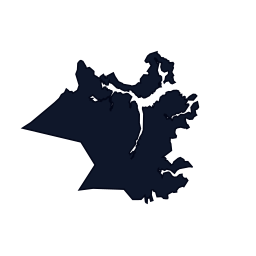 the district of Sørfold nor, Nordland, Norway, rotated 132°
{"feature_id": "86288312B94814604845877", "entity_name": "Sørfold nor", "entity_type": "district", "adm_level": 2, "iso_a3": "NOR", "parent_name": "Norway", "parent_adm1": "Nordland", "projection": "albers", "projection_center": [15.554, 67.519], "detail": "fine", "context": "isolated", "style": "filled", "palette": "ink", "viewbox_px": 256, "rotation_deg": 132, "n_neighbors": 0, "source": "geoboundaries", "source_scale": "gbopen_adm2", "svg_char_len": 5811}
<svg xmlns="http://www.w3.org/2000/svg" viewBox="0 0 256 256"><g transform="rotate(132 128 128)"><path d="M62.1,94.0L65.7,95.5L70.5,94.9L73.9,91.0L75.6,91.2L75.3,92.4L76.0,92.7L76.0,93.5L80.6,95.2L82.6,97.8L86.5,98.3L86.8,98.8L86.7,99.8L89.6,101.4L93.3,99.9L92.5,100.7L92.7,101.4L91.9,102.7L95.3,105.0L94.7,105.8L94.9,106.9L94.1,108.2L94.2,109.6L93.4,110.1L93.1,109.8L93.5,107.2L92.7,107.9L92.9,105.2L92.6,103.3L88.9,103.8L86.8,102.0L84.8,102.1L83.4,100.3L79.6,99.1L79.7,98.2L79.5,97.7L77.9,97.0L70.3,98.2L69.9,98.8L70.5,99.2L70.2,99.6L72.1,100.8L71.9,101.5L68.3,102.1L68.1,102.5L68.3,103.0L67.2,103.7L68.9,105.1L66.7,106.3L66.8,107.1L68.9,108.2L68.9,109.1L67.2,110.6L69.0,111.8L67.3,113.0L67.3,114.5L66.7,115.2L67.5,117.0L69.9,119.4L72.4,120.3L73.9,122.2L76.1,123.3L77.9,122.2L79.8,122.9L80.2,123.8L83.5,124.4L87.4,122.4L88.8,123.0L88.7,124.3L89.1,124.6L91.8,124.3L92.8,124.9L93.6,123.8L95.5,123.0L95.3,124.1L96.2,123.6L97.3,124.7L97.3,126.5L100.1,127.2L100.7,128.8L102.6,129.9L102.7,130.6L102.1,130.5L102.7,130.9L104.1,129.9L106.9,125.7L119.1,115.2L123.1,113.5L127.0,112.9L127.6,111.9L127.8,112.4L133.0,111.1L133.5,110.7L133.3,110.2L132.6,110.2L133.0,109.0L133.5,108.8L134.2,109.6L135.9,109.7L137.0,108.3L141.1,107.6L141.1,106.3L143.9,106.0L145.6,104.7L149.3,105.0L144.6,105.8L142.0,108.0L142.1,108.5L146.2,108.6L145.7,109.5L145.9,110.0L144.6,110.8L135.3,111.7L132.0,114.4L130.4,113.8L120.1,118.4L116.8,123.1L110.3,128.8L108.7,131.5L108.6,132.6L107.6,133.4L107.5,134.2L105.3,136.1L104.5,137.8L105.3,138.0L104.4,138.0L104.2,139.6L103.6,140.3L104.0,141.3L106.8,142.8L110.4,140.0L111.3,139.8L111.4,140.5L108.8,142.8L108.0,144.5L102.4,146.1L102.5,150.8L103.2,152.0L106.7,154.3L106.8,157.2L109.6,159.5L109.3,160.9L110.0,161.7L116.5,161.2L119.9,158.3L119.3,156.6L119.9,155.4L123.7,153.1L124.7,153.3L124.4,153.8L124.6,154.0L125.6,153.8L125.8,153.0L127.2,152.1L125.8,154.0L124.3,154.1L123.9,153.4L123.2,154.0L123.4,154.6L122.8,155.5L120.1,157.4L120.2,158.1L120.6,158.1L120.5,159.7L117.4,162.4L118.8,163.5L120.7,163.5L122.1,164.0L123.9,165.8L126.1,165.7L128.0,168.4L130.1,169.1L131.8,171.7L131.1,172.0L131.1,172.9L132.1,174.6L130.0,174.2L131.5,175.7L131.5,177.0L131.2,177.3L127.0,176.2L127.1,171.0L126.6,168.9L125.9,168.5L125.8,167.4L125.0,166.2L122.4,165.8L121.7,164.2L118.9,163.9L116.4,162.7L111.9,163.9L111.3,165.0L111.8,165.4L112.3,167.8L113.6,168.4L113.0,169.3L113.6,169.2L113.6,170.0L112.5,171.9L113.6,173.1L115.8,172.7L116.3,173.5L113.2,177.9L111.1,179.1L111.0,179.9L111.5,180.8L110.0,179.8L111.4,175.6L110.6,175.2L109.6,177.5L110.6,173.2L109.4,171.7L105.7,173.4L106.2,172.6L106.0,171.0L105.4,169.8L105.5,163.1L104.8,161.6L104.1,161.4L103.5,157.9L102.5,155.1L101.3,154.4L100.3,152.2L99.4,153.3L97.5,151.1L97.5,149.0L98.0,148.9L97.5,147.0L98.1,143.8L97.8,143.2L98.1,140.6L96.7,139.6L95.9,140.6L95.5,140.4L95.1,136.6L94.1,135.6L89.7,133.9L86.3,134.1L85.8,133.6L86.0,132.4L85.0,133.7L83.2,132.7L80.7,133.4L76.7,132.3L75.2,131.0L74.9,131.7L75.8,132.5L75.8,133.4L74.5,135.0L73.3,135.0L73.5,133.9L74.9,132.9L74.6,132.1L72.8,133.4L72.6,134.2L73.1,134.5L72.8,134.9L70.0,135.0L67.6,137.4L67.6,138.9L68.3,139.4L68.3,140.3L65.7,144.9L59.6,148.3L59.5,149.1L60.4,149.2L60.4,150.2L59.2,151.6L59.5,151.9L59.0,153.2L59.1,154.4L58.2,154.9L57.6,154.0L57.7,152.8L58.5,150.2L58.0,149.3L57.9,148.0L57.1,147.4L57.0,146.5L60.6,144.4L62.5,141.4L62.0,138.5L58.8,136.8L58.8,135.5L60.9,133.9L64.6,134.3L67.8,132.3L69.6,132.3L70.2,131.2L68.0,131.1L65.4,129.2L66.0,126.4L65.5,124.8L62.6,123.6L62.6,125.7L60.5,128.6L60.8,129.3L58.5,129.3L57.3,133.0L53.0,134.6L52.2,136.0L49.7,137.1L49.3,138.4L52.0,141.0L50.9,142.7L51.5,143.8L51.5,146.0L52.5,147.3L52.2,148.5L53.8,150.6L52.9,153.2L53.1,156.5L52.0,157.4L58.4,161.1L61.4,161.5L66.7,160.2L67.0,158.3L64.5,156.4L65.6,154.3L65.9,152.4L72.8,151.5L72.5,150.8L73.2,148.8L75.0,148.1L77.9,151.8L83.3,151.4L86.1,148.8L87.5,150.4L91.3,150.8L94.6,153.3L94.8,154.3L98.9,160.8L98.7,161.8L100.1,166.1L98.5,172.2L96.9,175.8L103.7,178.3L104.7,177.1L106.0,178.3L105.0,179.4L105.6,179.7L104.7,182.1L108.4,182.9L109.6,182.0L110.9,184.1L110.7,185.8L111.2,186.3L111.4,189.1L108.8,191.3L108.9,197.1L111.6,198.9L110.5,200.7L108.8,206.1L109.4,208.1L110.7,208.7L113.4,208.5L118.5,204.4L122.8,202.7L128.8,192.8L133.8,190.7L139.0,192.2L138.5,194.1L140.5,195.9L140.1,197.1L140.3,199.9L144.2,198.7L147.7,199.7L151.9,198.8L158.2,199.3L189.1,203.7L198.6,206.3L169.8,153.6L177.4,127.7L206.7,122.9L196.0,113.7L176.1,90.0L177.9,76.7L172.3,70.6L166.9,70.4L171.1,65.6L171.3,64.6L171.0,63.6L166.9,67.0L166.2,65.7L164.5,65.9L167.1,62.2L165.2,61.1L162.3,65.9L158.6,68.9L157.7,68.7L157.0,67.7L157.7,66.9L156.9,64.7L159.6,60.4L156.7,57.5L156.2,55.8L156.5,54.6L155.0,52.5L153.9,51.4L153.2,51.7L151.0,54.3L145.6,52.4L145.2,51.0L143.0,49.1L141.7,50.3L138.4,50.5L134.7,48.7L134.2,47.3L127.0,48.5L126.5,51.2L127.5,51.7L128.1,53.9L127.4,55.9L126.3,56.9L128.2,58.4L131.8,58.8L133.9,60.9L134.3,63.0L133.4,67.0L133.6,68.1L134.1,68.7L137.7,71.1L141.8,69.6L140.5,71.6L140.3,72.6L140.5,74.0L138.7,74.5L140.1,76.0L139.9,77.1L139.0,76.9L139.1,77.2L138.4,78.1L137.8,78.1L138.6,77.4L138.2,77.2L137.5,75.3L135.8,75.2L134.9,72.5L132.2,71.7L132.2,71.0L130.7,68.3L130.5,63.2L127.0,63.6L123.8,62.8L116.1,57.0L114.4,55.1L114.0,53.8L113.0,61.0L115.3,63.6L114.2,65.4L115.0,69.3L117.0,70.3L122.5,71.2L124.5,70.4L127.1,71.4L126.2,72.8L126.4,73.7L126.0,76.9L126.9,78.6L125.5,79.3L125.3,80.7L126.5,82.8L115.6,80.7L111.1,85.7L110.3,87.5L107.1,90.1L105.6,88.0L103.0,86.0L101.5,86.8L101.2,88.6L100.0,90.4L97.1,92.2L94.8,91.6L91.9,89.4L90.2,86.0L89.1,85.0L89.1,83.9L86.6,83.1L85.7,85.6L86.1,86.7L84.5,89.8L82.5,92.1L81.5,91.7L80.4,88.2L78.2,86.1L75.4,86.6L72.5,85.7L72.2,87.2L69.7,90.4L67.4,89.3L65.3,89.6L62.1,94.0ZM63.5,98.2L58.2,98.4L58.1,100.4L59.4,102.1L63.6,103.3L65.5,103.4L66.7,102.1L63.5,98.2Z" fill="#0f172a" stroke="#020617" stroke-width="1.5"/></g></svg>